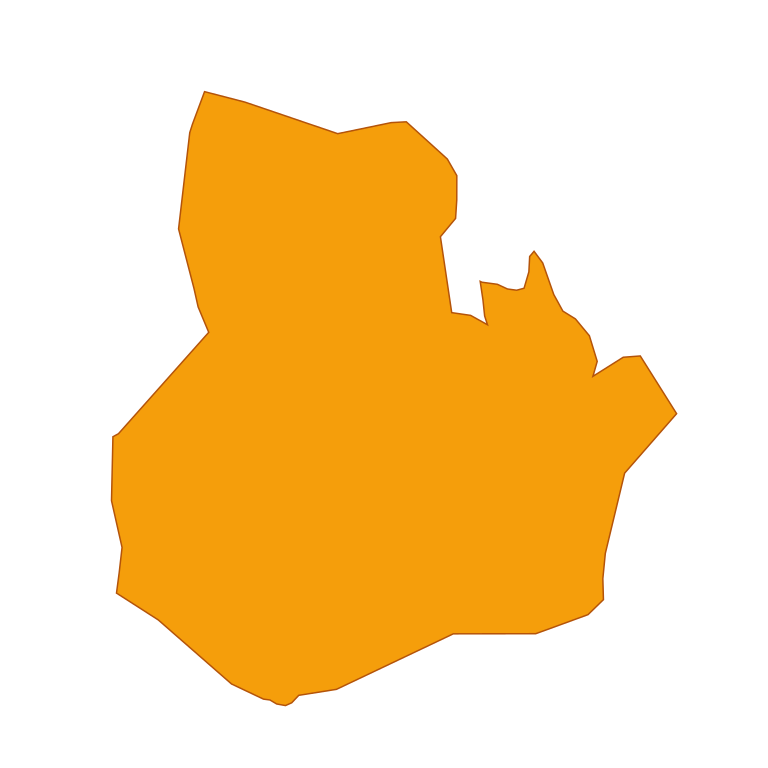 the district of Mbo, Akwa Ibom, Nigeria, rotated 84°
{"feature_id": "59680162B50421987640425", "entity_name": "Mbo", "entity_type": "district", "adm_level": 2, "iso_a3": "NGA", "parent_name": "Nigeria", "parent_adm1": "Akwa Ibom", "projection": "mercator", "projection_center": [8.239, 4.651], "detail": "fine", "context": "isolated", "style": "filled", "palette": "amber", "viewbox_px": 768, "rotation_deg": 84, "n_neighbors": 0, "source": "geoboundaries", "source_scale": "gbopen_adm2", "svg_char_len": 959}
<svg xmlns="http://www.w3.org/2000/svg" viewBox="0 0 768 768"><g transform="rotate(84 384 384)"><path d="M267.7,220.9L272.4,225.8L287.6,228.2L303.4,234.7L304.6,242.3L302.4,251.3L296.7,260.8L293.0,276.0L292.0,277.6L310.7,276.8L326.9,276.8L335.9,274.9L324.8,290.7L320.1,309.2L243.4,312.5L226.8,295.5L208.6,292.4L184.4,289.8L166.9,297.5L125.6,334.4L125.5,336.0L124.8,349.5L130.2,403.9L89.1,492.9L74.5,531.9L105.5,547.3L113.7,550.9L208.3,572.1L269.0,563.0L287.9,560.8L314.3,552.9L405.7,653.3L408.1,659.1L471.6,667.2L519.2,661.6L543.6,667.0L564.0,671.9L595.0,633.2L666.4,567.0L684.8,536.8L686.3,530.5L691.0,524.2L693.5,515.6L691.4,509.1L684.7,501.3L682.7,463.2L639.7,341.2L648.2,259.2L634.7,205.2L621.4,188.3L600.5,186.7L575.6,181.6L497.8,154.0L444.1,96.1L382.9,126.2L382.4,143.3L398.2,175.4L383.8,169.6L357.5,174.7L339.3,186.8L336.1,190.9L330.2,198.5L319.4,203.0L312.8,205.8L280.2,213.5L267.7,220.9Z" fill="#f59e0b" stroke="#b45309" stroke-width="1.5"/></g></svg>